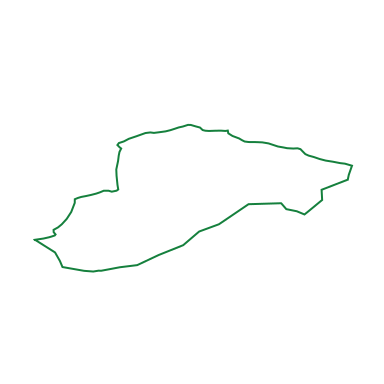 outline of Sigtuna, Stockholm, Sweden, rotated 173°
{"feature_id": "70781695B39328954210913", "entity_name": "Sigtuna", "entity_type": "district", "adm_level": 2, "iso_a3": "SWE", "parent_name": "Sweden", "parent_adm1": "Stockholm", "projection": "robinson", "projection_center": [17.908, 59.666], "detail": "fine", "context": "isolated", "style": "outline", "palette": "green", "viewbox_px": 384, "rotation_deg": 173, "n_neighbors": 0, "source": "geoboundaries", "source_scale": "gbopen_adm2", "svg_char_len": 1532}
<svg xmlns="http://www.w3.org/2000/svg" viewBox="0 0 384 384"><g transform="rotate(173 192 192)"><path d="M80.0,157.9L65.4,167.2L63.8,168.2L63.1,178.4L36.2,185.2L35.9,185.2L34.3,189.9L30.0,198.6L36.8,201.5L41.4,202.6L48.5,204.9L55.5,206.9L61.3,209.2L66.9,211.9L71.8,213.9L74.9,215.8L77.3,218.9L79.1,221.3L81.9,222.5L86.2,222.8L92.3,223.9L95.6,225.0L101.2,226.7L110.1,230.9L116.2,232.7L122.2,233.7L129.7,234.7L133.6,235.7L136.0,237.3L138.7,239.4L145.0,242.7L148.8,245.8L149.0,248.6L151.3,248.5L156.0,249.4L161.8,250.0L167.6,250.5L171.3,251.2L173.9,252.2L176.2,255.0L180.4,256.7L185.0,258.7L187.8,259.1L193.1,258.1L197.3,257.7L201.7,256.8L205.9,256.0L210.8,255.4L218.0,255.3L222.6,255.3L226.1,256.2L231.0,256.2L237.3,254.8L240.4,254.1L248.2,252.5L253.5,250.5L258.6,249.5L260.3,247.7L258.4,245.2L257.0,243.8L259.1,240.6L260.3,237.0L261.6,231.8L264.4,223.6L264.9,217.3L265.1,208.0L264.9,203.5L266.7,202.5L271.6,202.1L274.6,203.4L279.5,204.0L283.4,202.9L287.2,202.1L292.5,201.4L297.8,200.9L302.5,200.6L306.0,200.0L309.2,199.1L309.7,195.5L314.3,186.9L319.6,180.6L325.2,175.8L329.3,173.2L334.0,171.3L334.2,169.0L332.6,166.5L333.5,165.6L336.3,165.0L339.3,164.5L345.1,163.9L354.0,163.7L353.9,163.5L353.4,163.5L335.3,148.7L331.5,139.6L329.7,133.3L308.7,126.9L299.7,125.1L294.3,125.3L291.8,124.9L282.1,125.5L272.8,126.1L255.3,126.1L232.8,133.5L207.2,140.3L189.7,151.9L169.2,156.7L155.9,163.5L137.4,173.0L105.0,170.0L104.6,169.6L100.5,163.5L92.7,160.9L90.3,160.1L83.1,156.0L80.0,157.9Z" fill="none" stroke="#15803d" stroke-width="2"/></g></svg>